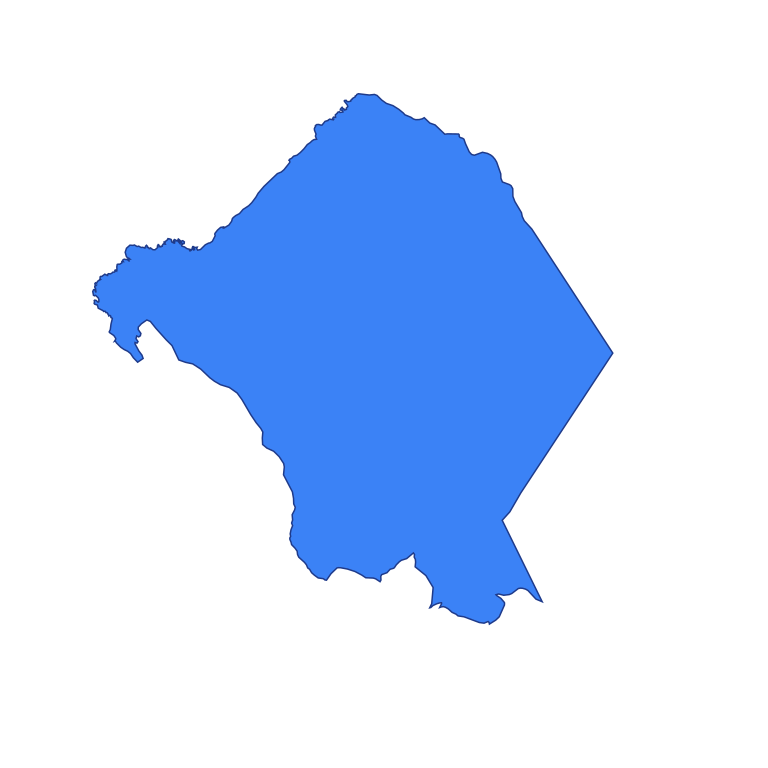 the district of Des Barras, Dauphin, Saint Lucia, rotated 241°
{"feature_id": "8701671B86108661761319", "entity_name": "Des Barras", "entity_type": "district", "adm_level": 2, "iso_a3": "LCA", "parent_name": "Saint Lucia", "parent_adm1": "Dauphin", "projection": "mercator", "projection_center": [-60.902, 14.001], "detail": "fine", "context": "isolated", "style": "filled", "palette": "blue", "viewbox_px": 768, "rotation_deg": 241, "n_neighbors": 0, "source": "geoboundaries", "source_scale": "gbopen_adm2", "svg_char_len": 6171}
<svg xmlns="http://www.w3.org/2000/svg" viewBox="0 0 768 768"><g transform="rotate(241 384 384)"><path d="M222.4,450.8L300.1,599.1L447.9,588.4L458.8,585.8L463.4,586.1L467.3,587.3L480.2,586.9L485.6,587.7L492.4,591.3L495.8,591.3L497.4,590.5L503.3,585.5L507.3,586.0L511.2,588.0L523.4,590.1L526.8,590.0L530.3,589.3L532.6,588.3L535.5,586.3L538.9,582.5L540.3,573.9L542.3,571.9L545.7,571.1L554.8,571.8L559.3,572.6L560.8,571.9L562.8,570.0L563.9,569.8L565.7,570.6L566.5,570.4L572.0,560.8L573.0,558.3L585.8,554.3L590.0,550.6L597.4,548.3L597.4,545.9L598.2,543.0L599.8,539.9L601.5,538.2L604.2,536.9L609.3,532.8L611.6,532.3L617.1,530.1L623.1,526.8L628.3,522.1L633.4,519.7L639.8,517.8L641.9,516.0L643.9,511.2L650.3,502.3L650.4,500.6L649.8,499.7L649.8,498.4L649.1,498.1L649.0,494.6L648.4,494.0L648.3,492.6L647.5,492.0L648.3,489.4L649.2,488.6L650.4,488.5L651.1,487.1L650.9,486.5L650.4,486.4L645.9,487.2L644.1,486.8L643.5,484.7L642.4,484.3L642.7,482.4L644.2,482.3L644.6,481.5L646.2,481.7L646.4,481.2L645.5,479.1L644.8,478.6L643.3,480.5L641.8,479.9L642.8,477.2L643.8,476.9L644.1,475.1L643.5,474.5L643.0,471.9L640.7,470.9L641.9,469.2L641.7,468.7L640.9,467.7L640.3,467.7L639.9,468.3L639.6,467.8L642.0,464.9L641.9,463.2L641.6,462.8L642.3,459.8L640.5,455.3L641.1,454.2L642.6,452.8L643.5,451.0L643.4,449.9L643.2,449.2L642.3,448.9L642.1,448.1L641.0,446.8L639.5,446.2L635.5,445.7L634.1,444.2L630.7,443.7L631.7,441.3L631.6,439.1L630.9,436.4L630.6,433.0L628.5,428.0L627.0,422.9L626.3,418.9L627.1,415.3L626.2,412.7L626.3,410.3L625.7,409.3L624.6,409.7L623.4,408.9L619.9,400.4L619.2,396.9L619.7,392.7L615.0,374.8L611.9,366.5L609.5,362.5L606.7,356.3L605.5,352.1L605.0,345.3L603.1,340.2L603.2,336.0L602.7,333.0L602.2,331.6L600.2,329.6L598.2,325.4L598.0,319.5L598.4,319.0L599.2,319.8L600.2,317.0L599.3,313.0L597.7,309.2L597.0,308.6L595.5,308.2L592.0,303.0L591.8,300.2L592.3,298.8L592.4,295.2L590.6,288.7L591.4,285.9L593.3,285.8L594.2,287.0L595.2,284.3L596.4,284.2L596.9,283.3L596.1,282.4L594.0,283.5L593.4,283.4L593.6,282.4L595.6,282.1L594.4,280.3L594.4,279.0L594.6,278.7L595.5,278.8L595.5,279.9L597.9,277.3L600.6,276.0L602.5,274.1L603.8,274.3L603.8,275.3L604.5,275.9L603.7,276.8L603.7,277.3L605.1,278.3L606.9,277.5L607.2,276.7L606.7,275.8L605.6,275.0L605.8,274.8L608.2,275.3L610.5,274.5L610.4,274.0L609.4,274.1L609.1,273.7L608.3,274.1L607.5,273.7L606.6,274.1L605.9,273.6L609.3,272.9L609.9,272.3L609.9,271.6L610.9,271.6L612.0,270.7L611.5,269.6L610.0,269.9L608.8,269.2L608.9,268.7L609.5,268.4L610.1,269.1L610.6,268.7L610.4,267.6L610.9,267.3L612.2,267.4L612.7,267.9L613.8,267.8L615.5,266.1L615.4,265.6L615.8,265.4L614.8,263.6L614.8,261.8L614.2,261.4L614.8,260.5L613.3,259.8L613.3,260.5L612.4,260.5L613.5,258.9L612.8,257.4L612.0,256.9L612.6,255.8L612.1,255.3L612.9,254.3L614.7,254.5L615.4,254.1L615.2,253.7L614.4,253.6L614.7,253.2L614.5,252.6L613.2,252.4L612.4,248.8L613.5,247.0L616.2,245.8L615.9,244.8L616.3,244.2L617.3,244.3L618.2,243.2L619.0,243.9L620.5,243.5L620.1,242.2L618.8,240.8L620.5,239.3L621.2,237.7L623.5,236.3L623.6,235.5L624.1,234.6L626.6,233.1L626.9,231.7L628.6,229.1L627.6,224.6L624.7,221.5L620.5,220.5L618.8,220.8L617.6,221.9L616.4,222.3L617.1,221.1L616.9,220.5L614.5,220.9L617.5,219.8L617.9,218.7L619.1,217.3L619.2,216.1L618.6,215.1L617.4,215.3L618.1,214.0L617.0,213.4L616.9,210.9L617.8,209.4L617.9,208.6L616.0,207.1L613.7,206.0L613.5,205.3L612.8,205.4L612.4,205.0L613.9,204.4L613.9,203.7L612.8,203.4L612.6,202.2L613.3,201.2L612.9,199.6L613.0,198.0L614.1,196.4L613.8,195.4L612.9,194.9L613.1,194.5L613.8,194.4L614.1,193.8L615.4,193.1L614.9,189.4L615.5,188.2L615.2,187.5L613.8,186.9L613.4,186.1L612.8,186.6L612.7,183.3L611.5,181.5L612.4,180.8L612.0,179.8L610.6,179.4L609.9,180.3L609.7,179.6L610.1,179.1L609.7,178.4L608.7,177.9L607.7,178.1L603.6,176.5L606.7,176.7L607.2,176.4L607.2,175.6L606.1,174.1L602.4,172.9L601.4,173.7L601.5,174.5L600.9,174.9L597.9,175.8L596.0,175.5L594.4,174.6L594.1,174.2L594.3,173.5L596.6,172.8L597.6,171.7L597.5,171.0L596.1,170.6L595.2,169.6L594.2,169.6L592.0,171.6L588.8,170.8L584.2,173.9L583.4,173.9L582.9,175.3L581.1,175.5L580.9,176.2L580.5,176.4L579.4,176.6L578.5,176.3L577.7,176.7L577.0,176.3L576.6,177.7L575.9,177.9L574.5,177.4L573.5,178.1L572.9,178.1L568.8,174.3L564.3,171.0L562.8,168.9L562.0,168.9L557.4,171.2L554.0,171.5L553.1,170.9L552.0,169.0L551.9,169.8L549.6,169.9L543.7,171.6L540.0,173.5L536.9,175.7L533.5,177.1L528.5,177.5L522.5,179.1L523.1,185.7L526.6,186.3L531.7,185.6L539.9,185.7L541.0,186.4L539.5,187.8L540.3,189.4L543.9,189.1L545.9,191.0L544.1,192.3L544.3,194.3L546.1,195.9L550.8,195.4L552.9,196.7L554.3,201.0L555.0,207.6L552.0,210.0L543.2,211.5L528.4,214.9L520.4,217.2L504.5,216.2L499.1,221.0L494.4,226.4L486.0,230.9L473.9,234.7L468.5,237.1L462.7,240.6L456.0,247.0L447.3,251.2L439.2,252.2L421.7,252.6L412.2,253.4L404.9,254.7L400.7,254.7L395.8,251.4L389.9,248.5L384.7,250.5L378.7,254.9L371.3,257.1L363.1,257.7L359.8,256.6L353.3,252.1L334.1,251.6L327.8,249.4L322.9,246.9L319.2,246.6L317.2,244.8L314.2,240.3L309.3,238.1L307.2,235.8L304.4,235.4L301.6,232.0L298.4,229.3L296.0,228.5L294.9,226.9L293.6,226.3L290.7,226.0L288.3,225.3L283.5,226.6L279.9,227.0L276.7,225.7L273.8,225.5L266.5,228.0L263.4,228.5L260.1,228.1L258.0,229.1L254.0,229.2L250.6,230.4L246.3,232.4L243.1,236.6L241.3,237.3L240.3,238.6L243.8,245.7L245.9,253.7L245.6,254.8L244.3,257.0L239.9,262.3L234.1,267.7L227.7,271.9L223.4,274.1L219.5,280.5L217.7,282.2L213.0,284.7L214.0,286.3L217.3,287.9L218.4,289.5L217.5,295.1L219.0,299.5L218.2,302.9L218.3,304.0L219.9,307.1L221.1,311.2L221.4,313.7L220.3,319.2L222.0,327.8L220.1,328.0L218.0,326.5L215.4,326.4L212.9,325.3L209.0,322.6L196.1,327.8L182.2,328.3L168.7,319.2L166.1,315.5L165.8,316.6L166.5,319.4L166.2,323.7L165.5,326.7L164.8,328.2L163.9,327.8L161.5,324.3L161.2,326.2L160.4,328.1L158.8,329.6L156.1,331.2L151.3,332.8L147.8,335.4L145.3,336.3L141.6,341.1L129.2,351.7L126.3,355.6L125.8,359.9L124.4,360.3L122.9,359.8L123.3,367.2L124.5,371.9L132.3,382.2L134.1,383.3L135.0,383.3L139.9,382.3L144.1,380.1L145.4,379.8L144.8,382.4L141.2,386.3L139.1,391.5L138.8,394.2L140.0,402.3L139.3,404.4L138.1,406.2L135.9,408.4L133.6,409.8L122.2,412.6L116.9,416.8L207.5,421.3L211.2,432.1L222.4,450.8Z" fill="#3b82f6" stroke="#1e3a8a" stroke-width="1.5"/></g></svg>